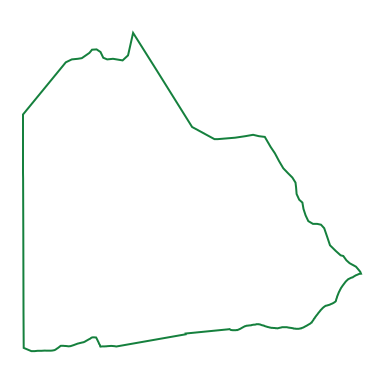 Barre De L'Isle, Castries, Saint Lucia (Equal Earth projection)
{"feature_id": "8701671B51325698675387", "entity_name": "Barre De L'Isle", "entity_type": "district", "adm_level": 2, "iso_a3": "LCA", "parent_name": "Saint Lucia", "parent_adm1": "Castries", "projection": "equal_earth", "projection_center": [-60.956, 13.925], "detail": "fine", "context": "isolated", "style": "outline", "palette": "green", "viewbox_px": 384, "rotation_deg": 0, "n_neighbors": 0, "source": "geoboundaries", "source_scale": "gbopen_adm2", "svg_char_len": 5571}
<svg xmlns="http://www.w3.org/2000/svg" viewBox="0 0 384 384"><path d="M133.1,32.9L128.4,53.8L128.0,55.4L125.3,57.9L122.6,60.4L113.0,58.8L107.2,59.4L104.1,58.1L103.3,57.8L102.8,56.8L100.5,52.0L96.6,49.4L92.0,49.7L90.9,51.1L89.4,52.9L81.9,58.1L81.6,58.2L77.8,58.8L71.8,59.4L65.8,62.3L23.0,114.5L23.0,172.8L23.1,178.7L23.3,232.9L23.5,311.4L23.7,347.9L31.3,351.1L31.9,351.1L32.3,351.1L32.9,351.1L33.7,351.1L35.0,351.1L37.6,350.8L39.0,350.8L41.4,350.8L44.6,350.6L47.9,350.7L49.1,350.7L50.2,350.7L51.7,350.6L52.6,350.5L54.6,350.1L55.5,349.6L56.0,349.3L56.8,348.7L57.9,348.0L59.6,346.7L60.1,346.3L60.5,345.9L61.0,345.8L63.3,345.8L64.0,345.9L65.9,346.0L67.6,346.2L68.1,346.3L68.7,346.3L70.1,346.2L70.6,346.1L73.4,345.2L73.7,345.1L75.0,344.6L76.4,344.1L77.4,343.7L77.7,343.6L78.6,343.4L80.1,343.0L82.2,342.5L83.7,342.2L84.7,341.7L85.3,341.4L86.4,340.7L87.2,340.3L88.2,339.7L89.7,338.9L90.2,338.7L91.0,338.0L91.3,337.8L92.2,337.4L93.7,337.3L96.1,337.5L96.7,338.6L97.7,340.6L98.0,341.3L98.6,342.4L98.7,342.8L98.9,343.1L99.0,343.6L99.2,344.0L99.7,344.6L100.0,345.3L100.1,346.0L100.4,346.6L100.7,346.6L101.4,346.5L102.2,346.4L103.1,346.4L103.7,346.4L104.1,346.4L104.5,346.4L104.8,346.4L105.3,346.3L105.7,346.3L106.1,346.3L106.4,346.3L107.0,346.2L108.4,346.1L111.3,345.9L114.7,346.2L116.3,346.5L185.7,334.3L185.6,333.5L186.0,333.5L186.9,333.4L228.4,329.3L229.6,329.1L230.0,329.4L230.5,329.8L230.8,329.9L231.1,330.0L231.9,330.1L232.2,330.1L232.6,330.2L233.0,330.2L233.3,330.2L233.7,330.2L234.7,330.2L235.0,330.2L235.3,330.2L235.6,330.2L235.9,330.2L236.7,330.0L237.2,330.1L237.5,330.0L237.9,329.8L238.6,329.6L239.3,329.2L239.8,329.0L240.1,328.9L240.5,328.7L241.6,328.0L242.4,327.6L243.1,327.2L243.4,327.0L244.4,326.5L245.2,326.1L245.7,326.1L246.1,325.9L246.7,325.7L247.4,325.7L247.8,325.7L248.2,325.5L248.5,325.5L248.9,325.5L249.6,325.4L250.0,325.4L250.5,325.3L251.1,325.3L251.5,325.1L251.9,325.0L252.3,324.9L253.1,324.8L253.5,324.7L253.8,324.7L254.7,324.7L255.4,324.5L255.8,324.5L256.2,324.3L256.4,324.2L256.8,324.2L257.3,324.2L258.1,324.2L258.4,324.2L258.8,324.2L259.1,324.4L259.5,324.4L259.8,324.4L260.2,324.5L260.7,324.7L261.1,324.9L261.8,325.1L262.2,325.3L262.6,325.3L262.9,325.4L263.5,325.5L263.8,325.7L264.1,325.7L264.5,326.0L265.1,326.2L265.4,326.3L265.8,326.4L266.7,326.7L267.2,326.8L267.6,327.0L268.2,327.1L268.7,327.2L269.0,327.3L269.4,327.4L269.7,327.5L270.1,327.6L270.4,327.6L270.9,327.7L271.2,327.8L271.6,327.9L271.9,327.9L272.1,327.9L272.5,327.9L273.0,327.9L273.7,328.0L274.0,328.0L274.4,328.0L274.7,328.0L275.0,328.0L275.4,328.2L275.7,328.2L276.1,328.2L276.7,328.2L277.0,328.3L277.5,328.3L277.8,328.3L278.2,328.1L278.5,328.1L279.7,327.8L280.0,327.7L280.7,327.6L281.2,327.5L281.5,327.4L282.1,327.2L282.4,327.2L282.7,327.2L283.2,327.2L283.8,327.2L284.1,327.2L284.4,327.2L284.9,327.2L285.5,327.2L285.9,327.2L286.3,327.2L286.8,327.2L287.3,327.3L287.6,327.4L287.9,327.4L288.4,327.6L288.6,327.6L288.9,327.6L289.1,327.6L289.8,327.8L290.1,327.8L290.8,327.9L291.0,327.9L291.6,328.0L291.9,328.1L292.2,328.1L292.7,328.2L293.0,328.2L293.4,328.5L294.0,328.6L294.5,328.6L295.3,328.6L295.8,328.8L296.1,328.8L296.7,328.8L296.9,328.8L297.6,328.8L297.8,328.8L298.2,328.8L298.6,328.8L299.2,328.7L299.6,328.6L300.0,328.6L300.3,328.4L300.7,328.4L301.1,328.4L301.4,328.1L301.7,328.1L302.1,327.9L302.8,327.7L303.0,327.6L303.9,327.2L304.2,327.0L304.9,326.6L305.3,326.4L305.6,326.2L306.1,326.0L306.5,325.8L307.3,325.3L307.6,325.1L308.0,324.9L308.6,324.5L309.0,324.3L309.6,324.0L310.2,323.6L310.5,323.4L310.7,323.2L311.3,322.6L311.7,322.5L311.9,322.0L312.2,321.6L312.7,320.9L313.0,320.5L313.4,320.0L313.6,319.5L313.9,319.0L314.1,318.6L314.5,318.4L315.0,317.5L315.2,317.1L315.7,316.6L316.2,315.8L316.6,315.3L316.8,315.1L317.2,314.6L317.8,313.8L318.5,312.8L318.8,312.5L319.3,311.9L320.1,310.9L320.4,310.6L320.5,310.3L320.8,310.0L321.2,309.6L321.5,309.3L322.0,308.8L322.4,308.3L322.6,308.1L323.1,307.7L323.6,307.2L324.1,306.9L324.3,306.7L324.7,306.4L325.2,306.1L325.6,305.8L326.0,305.7L326.4,305.7L327.0,305.5L327.4,305.3L327.8,305.3L328.3,305.1L328.8,305.0L329.3,304.8L329.9,304.6L330.3,304.4L330.9,304.1L331.6,303.8L332.2,303.6L332.7,303.3L333.2,303.1L333.7,302.8L334.4,302.3L334.8,302.0L335.2,301.8L335.5,301.5L335.8,301.1L336.0,300.7L336.0,300.2L336.2,299.7L336.3,299.2L336.5,298.6L336.7,298.1L336.9,297.7L337.0,297.2L337.1,296.6L337.4,296.0L337.5,295.6L337.7,295.3L337.8,294.9L337.9,294.6L338.2,294.0L338.3,293.6L338.5,293.2L338.7,292.6L339.0,292.0L339.1,291.7L339.3,291.4L339.5,291.1L339.8,290.4L340.0,289.9L340.3,289.5L340.6,288.8L340.9,288.3L341.2,287.7L341.5,287.3L341.8,286.9L342.3,286.2L342.5,285.8L342.8,285.4L343.3,284.8L344.0,283.8L344.2,283.6L345.0,282.5L345.3,282.1L346.0,281.3L346.3,281.0L346.5,280.8L346.8,280.5L347.0,280.3L347.3,280.1L347.7,279.7L347.9,279.5L348.3,279.1L348.8,278.9L349.1,278.8L349.7,278.5L350.4,278.1L350.8,277.9L351.1,277.8L351.5,277.7L351.8,277.5L352.6,277.4L353.1,277.0L353.3,276.8L353.7,276.6L354.5,276.1L354.9,275.9L355.6,275.4L356.2,275.2L356.7,275.0L357.6,274.6L358.5,274.2L358.9,274.0L359.3,273.9L359.6,273.8L359.9,273.8L361.0,273.7L360.2,271.7L356.0,266.7L349.6,263.2L346.4,260.3L343.3,256.0L340.6,255.3L335.8,251.0L330.0,245.3L327.4,237.5L324.2,228.2L321.0,224.7L317.3,223.9L313.0,223.9L308.3,221.1L305.6,215.4L303.5,209.0L302.4,202.6L299.2,199.7L296.6,194.0L296.1,187.6L295.5,182.6L292.4,177.6L288.1,173.3L283.3,168.3L279.1,161.2L274.9,153.3L270.6,146.9L266.9,140.5L264.8,136.9L259.0,136.2L253.1,134.8L245.2,136.2L235.1,137.7L226.6,138.4L218.1,139.1L214.4,139.1L192.1,127.0L156.1,69.4L133.1,32.9Z" fill="none" stroke="#15803d" stroke-width="2"/></svg>